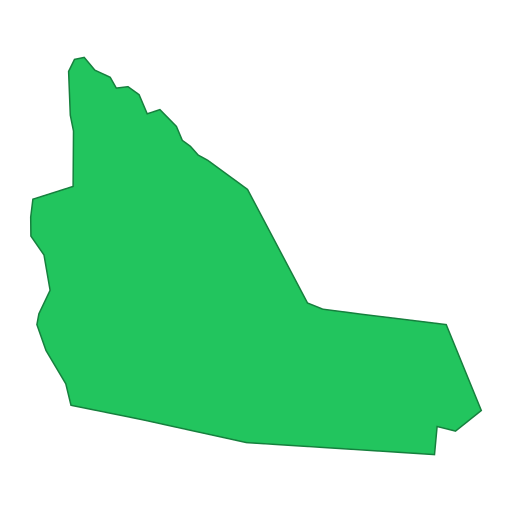 the district of Lagoa d'Anta, Rio Grande do Norte, Brazil
{"feature_id": "56859067B71125649777264", "entity_name": "Lagoa d'Anta", "entity_type": "district", "adm_level": 2, "iso_a3": "BRA", "parent_name": "Brazil", "parent_adm1": "Rio Grande do Norte", "projection": "orthographic", "projection_center": [-35.638, -6.37], "detail": "fine", "context": "isolated", "style": "filled", "palette": "green", "viewbox_px": 512, "rotation_deg": 0, "n_neighbors": 0, "source": "geoboundaries", "source_scale": "gbopen_adm2", "svg_char_len": 623}
<svg xmlns="http://www.w3.org/2000/svg" viewBox="0 0 512 512"><path d="M159.9,109.6L147.2,113.8L139.1,94.7L128.0,86.7L116.3,88.1L110.2,77.3L94.9,70.2L84.2,57.4L74.5,59.4L68.6,71.4L70.3,115.2L73.5,131.0L73.1,186.4L32.9,199.2L30.7,217.1L30.9,236.1L44.0,255.0L50.1,290.3L38.9,313.8L36.9,324.6L46.0,350.5L65.8,383.8L71.0,405.3L142.3,419.7L198.2,432.0L246.5,442.6L303.0,446.2L347.1,449.0L434.5,454.6L437.1,426.5L455.5,431.1L481.3,410.5L446.2,324.6L362.8,314.4L322.8,309.2L307.5,303.0L247.5,189.4L207.7,160.3L198.2,155.1L190.4,146.3L182.3,140.4L176.4,126.4L159.9,109.6Z" fill="#22c55e" stroke="#15803d" stroke-width="1.5"/></svg>